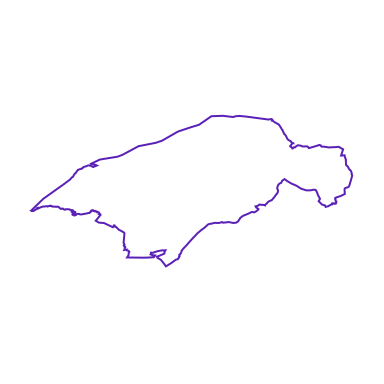 outline of Tinn nor, Telemark, Norway, rotated 338°
{"feature_id": "86288312B25517815255384", "entity_name": "Tinn nor", "entity_type": "district", "adm_level": 2, "iso_a3": "NOR", "parent_name": "Norway", "parent_adm1": "Telemark", "projection": "robinson", "projection_center": [8.504, 59.975], "detail": "fine", "context": "isolated", "style": "outline", "palette": "violet", "viewbox_px": 384, "rotation_deg": 338, "n_neighbors": 0, "source": "geoboundaries", "source_scale": "gbopen_adm2", "svg_char_len": 5840}
<svg xmlns="http://www.w3.org/2000/svg" viewBox="0 0 384 384"><g transform="rotate(338 192 192)"><path d="M345.0,224.7L346.5,220.2L346.8,219.9L346.8,217.9L347.2,215.1L343.9,214.1L348.1,209.0L346.3,206.9L345.1,205.2L344.2,204.8L343.2,204.5L342.5,204.4L341.3,203.9L335.7,202.0L331.5,199.5L329.3,198.6L328.7,197.5L328.8,197.0L327.5,196.0L325.7,196.0L316.8,195.1L316.6,194.6L316.6,194.0L315.8,192.8L311.5,191.2L310.1,189.7L307.6,188.3L305.8,188.6L304.3,189.2L303.4,188.7L302.9,188.8L301.9,189.3L301.4,189.3L301.3,188.8L301.2,188.0L301.0,187.6L300.4,187.0L300.2,186.3L303.7,184.3L303.4,184.1L303.5,184.3L303.3,184.2L303.1,184.0L303.0,183.5L302.8,183.2L302.7,182.1L300.7,179.6L300.3,178.2L300.1,175.0L299.6,173.4L299.1,172.4L299.3,171.9L299.1,170.4L299.1,168.4L298.8,167.8L298.6,166.0L297.9,162.5L297.5,161.6L295.7,159.4L294.3,157.5L293.6,156.3L293.0,155.9L293.6,155.5L293.2,154.8L293.3,154.5L293.2,154.2L292.0,153.9L291.4,153.6L290.3,153.6L270.0,142.1L264.0,139.0L263.0,138.8L260.5,138.0L258.5,138.0L256.4,136.9L249.1,132.9L238.4,129.0L223.7,132.3L214.7,131.5L201.7,130.7L183.3,133.2L176.7,132.8L159.6,129.5L141.3,131.5L136.3,131.4L118.7,127.4L108.9,128.0L109.0,128.2L109.9,128.6L110.0,128.8L111.2,129.4L111.6,129.9L111.6,130.0L113.0,130.9L113.2,131.4L113.6,131.8L109.8,131.8L109.7,131.5L109.2,131.3L109.0,130.9L108.6,130.6L108.1,129.8L107.7,129.5L107.1,129.3L105.9,128.5L105.3,128.4L103.1,128.5L100.9,128.2L100.0,128.5L99.9,128.7L98.7,129.1L98.6,128.9L94.3,128.8L93.4,129.4L93.3,129.6L92.3,130.1L91.4,130.8L90.1,131.1L89.7,131.5L88.7,132.1L88.4,132.5L87.1,133.4L86.3,133.4L83.5,134.8L74.3,137.2L72.8,137.5L51.6,142.6L35.9,149.0L36.0,149.1L36.1,149.4L36.4,149.6L36.6,149.8L37.9,150.2L39.2,150.1L39.9,149.8L41.5,149.7L41.8,149.1L42.2,148.9L42.4,148.9L42.1,149.3L42.2,149.6L42.7,149.7L46.1,149.5L48.5,149.6L49.2,150.1L51.4,150.5L52.0,150.8L52.5,151.3L53.0,151.2L53.1,151.4L54.1,151.4L54.4,151.6L54.9,151.5L55.6,151.7L55.6,152.0L56.5,152.3L56.6,152.5L56.6,152.8L57.3,153.1L57.6,153.5L59.3,154.1L59.5,154.4L60.4,154.7L61.0,155.1L61.5,155.1L62.2,155.4L62.4,155.7L62.8,156.0L63.1,156.9L63.4,157.3L63.5,157.7L63.9,158.2L64.1,158.3L64.2,158.6L66.0,158.9L66.5,159.6L66.5,159.9L67.3,160.7L68.1,160.9L68.6,160.7L68.9,160.8L71.2,161.8L71.8,162.2L72.3,162.9L72.7,163.0L73.4,163.6L73.9,163.8L74.3,164.0L74.5,164.3L74.9,164.7L74.9,165.1L73.5,165.2L73.2,165.3L73.3,165.4L73.3,165.5L74.2,165.7L74.4,166.0L75.2,166.4L75.6,166.4L76.2,166.7L76.3,166.9L76.2,167.1L75.8,167.2L75.2,167.1L73.5,167.3L73.1,167.5L72.8,167.9L72.9,168.1L72.7,168.2L72.8,168.5L73.3,168.6L74.0,168.4L75.5,168.9L75.4,169.2L74.9,168.9L74.3,169.2L74.0,169.4L74.0,169.6L74.4,169.7L75.5,169.5L75.4,169.8L76.0,169.8L76.2,169.7L75.7,169.6L76.0,169.3L76.4,169.2L77.7,169.4L79.3,170.2L79.6,170.7L80.1,171.0L81.9,171.6L83.2,171.7L84.3,172.1L85.6,172.2L86.2,172.5L87.9,172.6L89.0,173.0L90.0,172.8L90.4,172.6L90.2,172.4L90.5,172.2L91.3,171.6L92.9,171.5L93.1,171.6L92.9,171.9L92.8,172.0L93.3,172.6L95.0,173.2L94.9,173.7L96.0,174.1L96.0,174.3L96.3,174.8L96.7,174.9L96.5,175.4L96.6,175.5L97.9,175.9L98.0,176.2L98.1,176.7L97.9,176.9L97.8,177.5L98.1,177.8L97.8,177.9L98.6,178.5L98.6,179.0L92.0,182.6L94.2,185.5L98.8,187.8L105.4,195.0L107.2,193.7L107.8,194.1L107.8,194.4L107.7,194.5L107.7,194.9L107.6,195.3L108.5,196.0L110.1,199.7L111.9,201.7L113.9,204.3L113.8,205.2L109.5,213.6L109.6,213.9L109.6,214.0L109.7,214.5L109.7,215.1L109.7,215.4L109.3,215.5L108.8,215.9L109.0,216.4L108.9,216.8L109.1,217.0L108.9,217.2L109.3,217.7L109.1,217.9L109.3,218.3L108.6,218.8L108.4,219.2L108.4,219.4L108.2,219.6L108.0,220.1L107.7,220.3L108.1,220.4L108.3,220.3L108.6,220.6L109.0,220.6L108.8,220.7L109.2,220.8L108.9,221.0L109.3,220.9L109.5,221.2L109.8,221.3L110.0,221.6L109.9,221.8L110.7,222.3L111.5,223.5L111.5,224.0L110.5,224.8L109.5,226.8L107.3,228.4L123.8,235.3L132.2,238.2L134.0,237.0L131.5,235.6L130.2,234.3L130.7,233.9L131.1,233.8L131.3,232.9L132.9,233.7L137.2,233.9L140.6,234.5L143.3,235.2L143.8,235.6L145.4,236.0L145.6,236.1L144.0,237.3L143.5,238.5L143.2,238.8L135.3,238.9L135.3,240.1L137.7,243.1L139.1,247.7L140.0,251.2L146.3,250.1L151.7,248.7L153.7,249.0L154.3,248.4L155.1,248.2L155.5,247.8L155.7,247.2L156.2,247.1L156.3,247.0L156.1,246.7L156.5,246.1L156.9,245.9L157.2,245.7L157.6,245.6L157.4,245.6L157.5,245.5L157.4,245.4L157.3,245.2L158.0,245.1L158.4,244.7L158.8,244.5L159.1,244.2L159.5,243.8L159.6,243.6L159.9,243.4L160.2,242.7L162.6,241.3L166.6,239.5L171.8,236.9L176.1,234.8L177.9,234.1L181.4,232.4L186.2,230.8L190.5,229.7L194.7,228.1L196.1,228.1L197.9,228.6L200.2,228.9L202.4,229.4L204.1,230.4L205.9,230.9L208.7,231.2L209.3,232.1L214.9,233.7L218.9,236.3L221.7,237.0L222.2,236.8L223.4,236.7L227.3,234.0L230.4,233.2L236.0,233.2L239.6,232.9L240.3,233.1L242.1,234.2L244.0,234.0L247.0,233.1L247.2,232.6L245.7,230.4L245.6,229.1L247.2,229.4L248.2,229.3L249.9,228.9L250.3,229.2L251.8,230.0L254.2,231.1L254.7,231.8L255.3,231.2L257.3,230.6L258.0,230.0L259.8,229.5L261.2,229.4L262.8,229.5L263.1,229.3L266.2,227.7L269.2,225.8L270.7,225.1L271.8,223.9L272.2,223.3L272.4,221.5L272.2,221.0L272.7,219.9L273.0,219.4L274.8,217.6L276.2,217.0L278.2,216.9L279.9,215.3L282.6,214.7L284.5,217.7L287.5,221.6L291.2,225.3L294.4,229.8L298.8,233.4L302.7,234.9L305.7,235.4L307.5,236.5L307.8,239.4L307.6,241.6L308.1,246.3L306.0,248.0L307.8,252.3L310.3,254.3L310.3,255.9L311.9,256.0L312.8,256.2L316.3,255.8L317.3,256.0L317.5,255.8L317.4,255.4L317.5,255.1L318.7,255.3L318.9,255.5L319.1,255.9L319.8,255.9L320.1,256.5L321.2,256.6L322.3,254.9L321.8,254.5L321.9,253.6L322.4,252.3L322.4,252.1L322.2,252.0L322.4,251.3L323.7,251.1L328.4,251.4L332.9,251.1L334.5,246.5L335.2,245.9L335.6,245.8L338.8,246.0L339.7,245.6L341.1,244.0L342.9,241.6L343.5,241.0L344.0,240.3L346.3,237.3L346.8,236.6L346.6,235.4L347.1,234.7L347.3,232.0L346.4,230.0L346.2,229.3L346.1,227.3L345.8,226.3L345.2,225.3L345.0,224.7Z" fill="none" stroke="#5b21b6" stroke-width="2"/></g></svg>